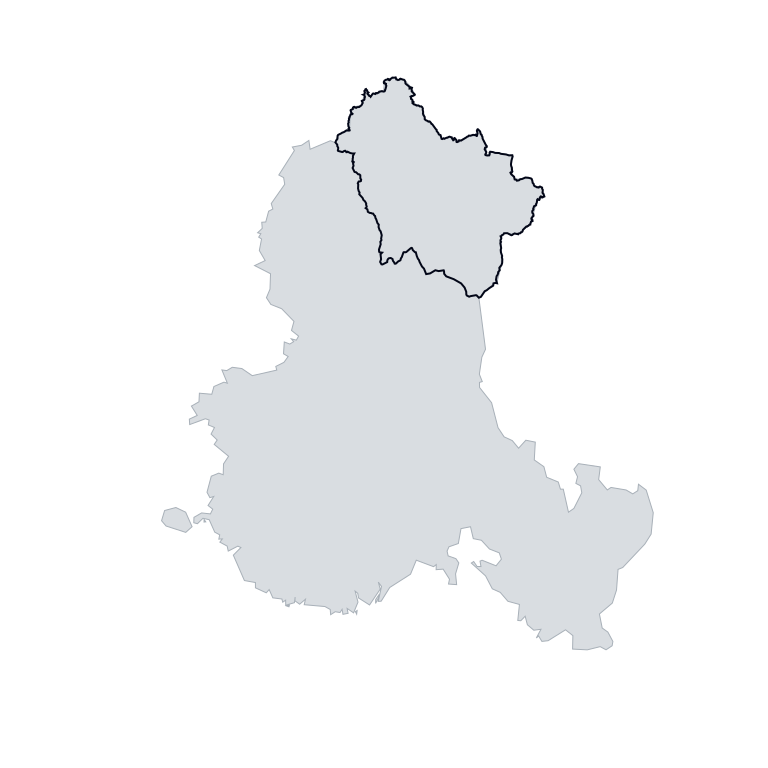 Xinjiang on a map of China (Equal Earth projection), rotated 80°
{"feature_id": "CHN-1756", "entity_name": "Xinjiang", "entity_type": "Autonomous Region", "adm_level": 1, "iso_a3": "CHN", "parent_name": "China", "parent_adm1": "", "projection": "equal_earth", "projection_center": [83.367, 41.753], "detail": "fine", "context": "in_parent", "style": "outline", "palette": "ink", "viewbox_px": 768, "rotation_deg": 80, "n_neighbors": 0, "source": "natural_earth", "source_scale": "10m", "svg_char_len": 9749}
<svg xmlns="http://www.w3.org/2000/svg" viewBox="0 0 768 768"><g transform="rotate(80 384 384)"><path d="M459.9,577.1L444.8,570.1L443.1,562.2L445.4,558.1L434.8,555.9L428.2,549.6L414.0,561.7L410.2,558.0L403.3,563.0L397.4,558.5L393.8,564.1L389.1,562.5L387.2,565.9L390.2,582.4L384.8,581.8L382.5,573.4L372.3,577.5L369.4,569.3L361.0,567.4L364.2,555.4L356.9,551.9L354.4,541.3L356.0,538.1L342.0,541.2L343.5,536.5L341.2,530.5L344.1,521.3L352.9,512.3L351.7,487.2L347.9,487.5L345.3,478.8L340.3,473.6L336.8,477.7L325.3,474.9L328.3,469.8L326.6,465.6L323.4,467.5L325.6,462.7L322.0,459.8L315.2,465.8L306.7,461.8L292.1,471.7L286.0,481.6L278.6,484.8L270.8,479.8L255.7,476.6L244.9,490.9L241.8,479.6L230.9,483.6L219.9,479.4L217.6,481.9L214.6,479.2L213.1,482.2L209.6,476.9L203.5,476.3L203.9,472.3L193.8,467.6L192.4,463.1L186.7,463.7L170.1,447.1L163.3,447.0L159.9,451.3L138.5,431.7L134.7,433.1L134.6,423.7L131.1,415.7L140.0,416.0L135.1,394.5L137.7,390.5L130.5,385.5L128.2,374.0L108.7,369.3L106.0,366.0L105.5,357.7L90.5,350.9L98.3,347.5L96.1,344.6L95.9,333.6L85.3,330.8L84.1,319.3L87.0,317.6L88.1,311.3L97.0,305.4L104.5,303.5L105.6,307.8L112.2,307.1L118.5,298.1L130.9,297.4L137.4,291.0L152.6,284.6L152.1,276.3L155.9,273.6L154.4,271.4L158.4,269.8L154.3,257.6L155.7,249.6L149.6,247.4L167.8,241.4L176.0,244.3L176.9,240.5L174.0,238.3L181.1,218.1L198.3,222.6L205.1,219.7L206.9,204.0L215.1,201.4L218.2,194.4L227.2,193.5L229.0,201.0L252.0,212.0L259.6,225.9L256.5,239.2L258.8,243.4L285.2,246.7L303.9,255.3L303.9,258.4L315.7,275.6L367.4,278.0L374.6,283.0L390.9,288.4L398.7,286.8L399.0,289.7L404.0,290.5L421.1,281.3L446.8,279.3L456.9,274.9L462.0,267.5L470.6,262.6L464.0,254.1L467.5,245.1L484.9,249.2L493.2,240.9L504.1,240.0L510.8,229.4L518.2,228.5L518.7,225.7L542.3,224.6L539.5,218.6L525.5,208.1L518.4,208.1L515.2,212.3L508.9,209.5L500.9,211.8L496.2,206.3L503.2,185.4L515.4,189.2L527.1,182.5L525.3,178.4L530.4,164.0L535.4,158.1L533.1,152.6L526.9,150.8L534.0,144.2L557.5,141.2L578.2,147.0L587.0,155.0L606.2,180.8L607.2,185.7L627.3,190.8L639.4,197.2L647.9,211.8L662.2,211.5L667.2,206.6L677.3,203.3L681.4,204.8L684.3,211.5L680.2,216.7L681.1,230.0L677.8,244.3L664.6,241.7L657.6,247.9L665.3,267.0L664.9,273.2L659.0,275.5L660.6,278.1L652.8,272.0L652.5,279.2L646.0,284.6L637.2,285.3L640.9,290.4L640.1,293.3L624.6,288.9L619.5,299.7L609.4,305.7L604.5,312.9L590.6,317.3L575.5,329.1L574.4,326.5L579.9,324.0L580.6,320.2L575.1,320.2L574.6,318.0L582.5,305.2L576.9,298.8L570.3,299.8L564.8,308.8L554.8,315.2L551.8,322.9L539.6,323.6L539.8,333.3L554.0,338.5L555.6,348.3L559.5,350.9L564.4,350.7L568.5,343.5L573.2,341.4L583.4,346.5L594.2,347.3L592.2,355.2L587.6,353.4L576.6,357.9L575.9,364.9L570.9,363.9L572.5,366.9L563.1,382.8L575.9,390.9L585.4,413.7L597.4,424.5L597.1,427.4L582.9,421.6L578.1,424.0L585.3,423.3L599.1,436.6L590.3,446.2L585.5,446.2L583.0,448.4L594.3,447.5L604.1,453.7L598.6,459.3L603.6,459.2L603.7,464.4L598.6,464.4L601.4,467.0L599.8,471.6L601.9,476.6L596.7,476.1L592.9,480.8L587.5,500.9L582.3,498.7L586.2,505.3L582.0,509.4L578.4,508.5L583.8,510.2L584.8,519.2L579.8,518.4L581.3,521.6L578.0,521.9L575.3,530.6L566.5,532.8L569.2,536.2L562.4,546.0L557.2,545.1L553.3,555.6L526.4,562.1L520.2,553.3L518.3,556.1L521.5,566.4L516.4,566.6L511.2,573.1L508.5,570.1L508.1,573.6L504.0,572.0L500.5,576.4L487.3,579.7L484.8,585.6L489.2,592.0L487.6,595.4L482.3,594.3L479.3,586.0L481.8,577.5L477.5,574.4L473.1,578.4L465.2,571.2L465.7,575.2L459.9,577.1ZM491.2,597.8L495.7,605.0L486.0,623.3L480.0,626.8L470.5,622.0L469.5,610.4L475.8,601.6L491.2,597.8ZM598.6,430.4L594.8,429.6L591.0,425.9L593.8,426.6L598.6,430.4ZM605.9,450.9L603.2,451.7L602.4,449.8L605.9,450.9ZM586.9,516.3L585.6,518.6L585.5,515.6L586.9,516.3ZM486.2,584.7L488.8,583.5L488.7,585.2L486.2,584.7Z" fill="#d9dde1" stroke="#a8b0b8" stroke-width="1"/><path d="M126.5,374.6L125.7,373.7L124.2,374.3L121.3,374.1L120.2,373.3L118.8,373.3L117.9,372.6L116.2,372.4L115.7,371.7L114.8,371.6L113.9,370.7L112.8,370.2L112.6,369.7L112.8,368.6L112.5,368.1L111.1,369.1L108.6,369.4L108.3,369.1L107.9,367.0L106.4,366.6L105.9,365.8L105.9,365.1L106.7,364.6L106.7,363.9L107.2,363.5L106.7,362.5L106.9,360.3L105.6,357.8L103.6,356.2L102.8,356.1L102.1,356.3L101.9,356.7L101.3,356.7L100.8,354.3L100.2,353.8L98.9,353.5L98.0,352.9L96.1,353.2L95.5,354.1L95.4,353.4L94.8,352.6L94.0,352.6L93.4,352.1L92.1,352.5L91.5,351.7L90.5,351.1L90.4,350.5L91.3,350.4L91.8,349.6L93.1,349.7L94.2,348.7L94.9,349.9L95.9,349.7L96.5,349.0L97.8,348.5L98.1,347.6L98.8,347.3L96.1,344.6L96.1,343.8L96.9,342.3L96.1,341.4L96.5,340.7L96.2,340.5L96.2,338.8L95.3,338.0L95.2,335.1L95.9,333.9L95.9,332.7L95.2,332.0L94.5,331.9L94.0,331.4L90.7,329.9L89.7,330.2L88.7,329.9L88.3,330.7L87.8,330.9L88.0,331.6L87.8,331.8L86.6,331.8L85.3,330.8L84.7,329.2L84.8,328.1L84.2,327.2L84.6,326.5L85.6,326.3L85.8,326.0L85.7,325.5L84.6,324.5L84.3,323.5L83.7,322.6L84.1,320.7L84.1,319.3L86.2,319.0L86.6,318.0L87.1,317.5L86.9,315.8L86.3,315.3L86.2,314.8L87.6,312.3L87.8,311.6L88.3,311.1L90.0,310.5L91.4,310.7L92.1,310.5L95.6,307.4L97.2,307.5L96.5,306.2L97.1,305.0L98.7,305.9L100.1,305.6L100.7,305.9L104.2,303.4L104.8,303.7L105.1,305.2L105.5,305.8L105.2,306.7L105.6,308.0L106.5,307.7L107.9,307.9L108.5,307.1L109.5,306.6L110.5,306.9L111.4,305.9L111.7,306.0L112.0,307.1L112.3,307.2L113.8,306.0L114.7,304.3L115.4,303.7L115.7,301.6L116.9,300.5L117.0,299.2L118.0,298.3L119.5,297.9L120.6,298.3L122.8,298.2L124.5,298.7L126.0,298.5L127.9,297.6L130.4,297.9L131.6,296.9L132.5,295.4L133.3,294.8L133.2,293.9L133.4,293.4L135.0,292.4L136.1,292.1L136.5,291.4L142.0,288.7L142.9,288.0L144.0,288.2L146.3,286.9L147.7,286.7L148.7,285.1L152.6,284.7L152.9,284.0L152.4,282.6L153.0,282.0L152.3,279.4L152.5,278.6L152.0,277.8L151.8,276.6L152.9,274.4L153.8,274.4L156.0,273.5L155.9,273.0L154.2,272.3L154.0,271.9L154.2,271.6L156.7,270.2L157.9,270.6L158.3,270.5L158.5,270.0L158.1,268.3L157.0,267.7L157.7,265.9L155.4,260.0L154.9,259.2L154.8,258.2L154.1,257.3L154.5,255.9L154.1,253.0L154.7,251.1L154.4,250.4L155.8,249.8L155.8,249.4L153.3,248.3L150.8,248.6L149.6,247.9L149.4,247.6L149.5,247.2L152.0,245.5L154.8,245.3L155.4,244.6L156.3,244.6L157.9,244.1L159.4,244.3L166.3,242.2L167.5,241.5L168.3,241.6L168.5,242.0L168.8,243.4L170.3,244.1L173.3,243.0L174.2,243.3L175.5,244.4L176.2,244.3L176.9,242.7L177.1,240.6L175.9,240.0L174.4,239.8L173.7,239.1L174.5,236.5L175.7,234.4L176.5,230.6L177.6,228.9L179.2,223.8L180.6,221.2L181.0,217.9L182.3,217.8L185.9,219.6L189.6,220.8L191.2,220.9L193.2,220.5L195.7,220.8L197.1,220.7L197.9,221.5L197.6,222.5L197.8,222.8L199.5,222.3L202.5,219.9L205.2,219.8L205.8,218.2L206.8,217.9L206.9,217.0L206.8,215.6L206.0,214.3L206.1,212.6L205.2,208.9L205.9,206.2L207.1,203.5L207.8,202.9L209.9,202.6L211.7,202.7L212.8,201.9L214.0,201.9L215.3,201.4L215.7,200.6L217.0,199.0L216.9,198.2L217.4,197.5L216.7,196.6L216.6,196.1L218.0,194.2L219.1,194.4L220.4,193.9L223.2,194.7L223.9,194.5L224.2,194.0L227.2,193.5L227.4,194.3L227.3,195.2L227.8,195.5L227.8,195.9L226.7,196.5L226.5,197.1L227.1,197.5L227.3,198.1L228.8,198.5L229.7,199.1L229.6,199.6L228.6,200.5L229.0,201.1L232.1,202.1L233.2,203.0L234.1,203.0L234.7,203.7L234.7,204.6L235.1,205.5L236.2,205.9L237.1,206.6L238.2,206.6L239.5,208.0L241.2,208.2L242.5,207.4L244.3,207.5L244.6,207.7L244.7,208.4L245.2,208.6L245.5,209.2L246.1,209.4L246.4,210.1L247.8,210.1L248.2,209.9L248.3,209.4L249.3,209.4L249.7,211.0L250.5,211.5L252.3,212.2L252.1,212.6L252.7,213.7L253.3,214.3L253.4,215.4L253.8,215.7L253.7,216.6L256.2,220.3L257.9,221.2L258.5,222.2L258.4,222.8L259.2,223.7L259.2,225.6L259.8,225.9L258.4,229.3L259.0,231.0L259.5,231.7L259.6,232.8L256.9,236.3L256.4,239.6L257.5,240.5L258.0,242.2L258.7,242.7L258.8,243.5L260.6,243.1L261.4,243.4L262.5,244.3L263.7,244.5L264.4,244.1L265.4,245.0L270.5,245.0L272.2,245.8L274.8,246.0L278.5,245.4L279.5,245.9L281.6,245.8L285.3,246.6L287.2,247.6L289.5,250.2L290.8,250.4L292.0,250.3L293.7,252.2L294.6,252.3L296.2,253.2L297.4,254.4L300.8,255.6L304.4,255.2L303.8,256.8L303.9,258.7L306.1,259.4L307.9,263.7L309.5,266.6L310.1,268.7L315.0,273.4L315.5,275.6L312.8,277.4L312.5,278.0L312.5,283.3L312.8,285.0L311.2,287.1L310.2,287.4L307.4,287.0L303.0,287.9L298.3,290.6L292.9,297.1L288.8,304.0L285.9,305.6L283.3,305.3L282.4,305.5L282.3,310.6L280.9,313.7L283.1,319.4L283.1,323.4L277.3,324.6L274.9,326.2L269.8,327.8L268.1,328.0L266.4,328.9L263.5,329.5L259.8,329.8L259.6,330.6L257.1,332.4L255.2,332.7L254.8,333.0L254.7,333.5L255.2,334.6L257.9,339.1L258.0,340.2L257.6,341.4L257.8,342.0L262.2,344.5L263.3,345.6L264.8,346.2L265.2,346.8L265.7,348.7L267.4,351.2L267.5,352.1L267.3,352.6L266.2,352.8L264.2,353.8L262.4,353.9L261.2,355.3L261.0,355.9L261.1,357.6L261.8,358.5L262.7,359.2L264.5,359.7L266.0,364.7L265.7,365.7L263.1,366.6L260.6,365.2L255.7,364.9L254.3,363.1L253.5,365.6L252.7,365.8L250.7,365.6L245.8,363.0L243.3,362.9L241.8,361.5L240.4,361.6L237.1,360.4L233.0,360.8L231.8,361.6L228.5,362.1L226.1,361.5L224.4,362.5L220.3,363.1L219.0,363.6L217.0,363.6L216.3,364.3L214.3,365.1L214.0,366.2L213.4,367.0L213.0,368.4L211.6,370.0L209.2,370.0L207.6,371.5L207.1,370.7L206.2,370.2L204.4,370.5L203.1,370.2L200.8,371.0L199.2,372.3L197.0,372.8L192.9,375.4L191.1,374.8L189.7,375.4L187.0,375.6L182.9,374.7L181.8,375.0L180.2,373.8L180.3,372.3L180.1,371.5L178.7,371.0L177.5,371.6L174.3,371.1L173.3,371.8L173.0,373.0L170.7,374.6L170.3,375.7L170.0,376.2L165.8,377.4L163.8,376.1L161.6,376.2L160.2,375.2L159.8,375.6L159.8,376.4L159.2,376.6L158.1,375.9L156.8,375.8L155.9,375.3L154.0,375.0L151.8,373.3L151.6,374.8L150.7,377.1L148.9,379.5L149.3,380.2L149.2,380.8L148.0,381.3L147.5,381.8L147.8,383.4L148.3,384.2L148.3,384.9L146.5,388.7L145.8,388.9L144.5,388.3L143.2,388.1L141.7,388.7L140.2,388.5L137.6,389.9L136.0,388.9L134.5,387.3L131.5,386.6L130.7,385.9L129.8,382.8L129.2,381.5L129.0,379.9L127.7,376.9L128.4,374.3L128.3,373.8L127.6,373.8L126.5,374.6Z" fill="none" stroke="#020617" stroke-width="2"/></g></svg>